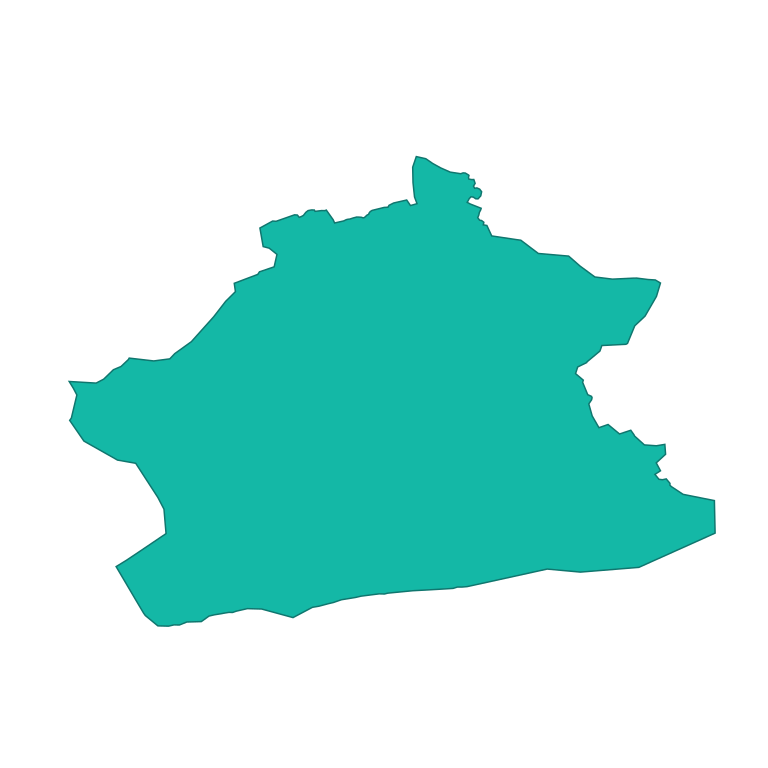 Dambam, Bauchi, Nigeria (Equal Earth projection), rotated 84°
{"feature_id": "59680162B91029831757376", "entity_name": "Dambam", "entity_type": "district", "adm_level": 2, "iso_a3": "NGA", "parent_name": "Nigeria", "parent_adm1": "Bauchi", "projection": "equal_earth", "projection_center": [10.732, 11.627], "detail": "fine", "context": "isolated", "style": "filled", "palette": "teal", "viewbox_px": 768, "rotation_deg": 84, "n_neighbors": 0, "source": "geoboundaries", "source_scale": "gbopen_adm2", "svg_char_len": 2864}
<svg xmlns="http://www.w3.org/2000/svg" viewBox="0 0 768 768"><g transform="rotate(84 384 384)"><path d="M534.5,67.6L525.0,98.1L516.1,108.9L514.6,110.2L512.7,110.0L507.9,113.2L508.3,117.1L507.5,120.5L502.2,124.0L499.2,118.1L490.9,121.5L483.3,111.3L473.4,111.0L473.9,119.6L471.8,131.4L462.0,140.2L460.6,140.7L455.8,143.4L458.3,155.0L447.7,165.4L449.9,174.8L437.5,180.3L425.2,182.4L421.4,179.2L419.4,178.5L418.0,178.9L415.9,182.5L403.1,186.3L401.0,185.4L393.7,192.4L387.3,189.6L383.9,180.2L383.2,179.8L373.8,165.8L368.5,163.3L368.7,159.9L369.8,139.3L369.1,137.6L352.3,128.5L343.8,117.3L325.4,103.9L312.5,98.5L308.9,103.3L307.7,110.4L305.1,121.6L304.8,124.8L303.6,145.8L299.6,163.1L287.2,176.7L276.1,187.0L270.3,216.9L255.3,232.9L254.2,237.4L248.0,261.4L237.1,265.1L236.1,268.6L233.6,267.8L231.6,269.9L231.1,271.8L228.3,273.4L226.0,272.1L223.3,271.2L220.9,269.6L219.4,269.0L214.0,279.4L212.0,282.3L210.4,281.1L208.6,279.9L206.9,277.9L207.5,275.6L209.4,273.4L209.7,271.1L207.0,268.1L203.0,266.8L200.2,268.5L198.7,271.1L198.8,273.4L196.6,274.3L194.0,272.4L190.0,273.3L189.9,275.2L189.1,278.2L187.6,278.4L185.4,277.7L184.8,278.3L182.7,281.1L182.3,283.3L182.9,285.7L182.2,288.3L180.2,296.0L174.9,305.2L169.7,312.6L164.3,318.9L161.2,328.1L171.4,332.8L186.8,334.1L201.2,334.1L208.1,332.3L209.3,339.0L203.4,342.2L204.2,348.9L205.0,355.5L206.8,360.3L208.6,361.6L208.4,365.4L210.1,377.6L211.0,379.6L212.5,381.0L213.6,381.5L214.3,383.3L216.4,386.1L216.6,387.4L215.8,389.1L215.3,392.2L215.1,393.7L215.7,397.6L216.4,400.7L216.4,402.8L216.6,404.3L217.6,407.0L218.7,416.3L215.3,417.4L205.0,423.2L205.4,424.7L205.0,427.9L205.1,434.5L203.7,435.1L203.3,437.9L203.6,441.4L205.1,443.8L207.9,446.5L208.8,448.7L209.4,450.9L206.9,452.5L206.4,455.3L210.9,474.3L210.3,477.7L215.9,491.1L234.7,489.8L236.9,484.0L243.9,476.9L251.6,479.5L256.0,481.0L259.4,496.1L261.8,498.1L268.2,522.4L276.6,522.1L285.2,532.8L299.3,546.3L321.8,571.2L331.9,588.9L336.6,594.4L337.0,610.6L331.6,634.7L332.9,635.6L339.1,643.7L339.2,644.0L341.5,651.6L349.9,662.3L353.0,670.2L348.6,696.8L356.0,693.3L362.8,690.6L385.2,698.5L387.3,700.4L409.4,688.4L431.8,657.0L436.9,639.2L473.3,620.7L485.5,615.9L510.0,616.4L524.7,644.0L532.4,658.6L537.6,669.5L560.6,659.0L572.9,653.4L586.6,647.1L589.3,645.6L600.9,634.2L601.2,632.0L602.3,623.5L601.6,618.0L602.3,612.7L600.1,605.0L601.2,590.5L596.5,582.3L595.8,576.7L595.4,569.4L595.2,567.3L594.9,562.0L595.4,558.5L594.5,554.7L593.8,549.1L593.3,544.8L593.1,543.5L595.0,529.2L606.8,498.9L598.6,478.5L598.2,472.0L596.7,462.5L596.0,457.0L595.8,456.2L594.2,449.3L594.1,448.7L593.7,441.4L593.3,434.6L592.6,429.0L592.4,419.9L592.2,410.7L592.9,405.4L592.4,402.2L592.6,376.9L593.3,363.4L594.2,344.1L594.5,336.6L593.6,332.2L594.1,327.6L594.2,322.5L585.1,241.1L591.6,208.3L593.0,149.7L588.9,137.3L570.0,79.7L566.9,70.3L534.5,67.6Z" fill="#14b8a6" stroke="#0f766e" stroke-width="1.5"/></g></svg>